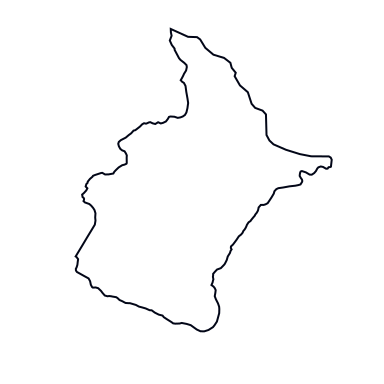 Banyas, Tartus, Syria, rotated 122°
{"feature_id": "27442178B62310236233952", "entity_name": "Banyas", "entity_type": "district", "adm_level": 2, "iso_a3": "SYR", "parent_name": "Syria", "parent_adm1": "Tartus", "projection": "albers", "projection_center": [36.094, 35.15], "detail": "fine", "context": "isolated", "style": "outline", "palette": "ink", "viewbox_px": 384, "rotation_deg": 122, "n_neighbors": 0, "source": "geoboundaries", "source_scale": "gbopen_adm2", "svg_char_len": 3710}
<svg xmlns="http://www.w3.org/2000/svg" viewBox="0 0 384 384"><g transform="rotate(122 192 192)"><path d="M293.2,102.3L288.7,102.2L285.7,103.1L280.4,104.7L276.8,106.8L274.9,108.2L272.7,110.9L270.3,114.9L268.3,117.5L265.3,118.7L262.7,119.9L261.5,121.7L260.8,123.6L260.6,126.2L257.8,126.6L256.2,127.2L254.7,127.6L252.9,129.3L251.5,129.9L250.2,130.7L247.5,130.3L244.5,129.7L241.3,127.2L238.1,126.5L236.1,126.1L234.1,126.2L231.2,126.5L227.8,127.5L226.3,127.5L223.7,127.5L221.3,128.1L219.7,128.0L218.9,129.4L217.5,130.1L214.9,129.4L211.5,129.1L208.8,128.9L204.8,128.8L202.0,127.8L199.8,127.5L197.7,127.8L196.0,127.5L194.2,127.5L192.3,127.7L190.9,128.0L188.9,128.0L187.6,127.9L185.6,127.0L184.7,127.0L182.9,126.8L180.6,126.5L178.7,126.2L177.7,126.4L175.3,126.1L173.1,126.2L171.9,126.5L169.8,127.3L168.5,127.1L167.2,126.9L166.5,126.8L165.7,125.6L165.1,124.5L163.5,123.1L161.4,121.9L158.7,121.8L154.4,121.7L150.0,121.8L147.7,122.5L144.9,122.0L143.0,120.8L139.8,117.0L135.6,112.4L131.9,107.7L129.7,105.4L128.1,104.0L126.3,104.0L125.1,104.0L124.2,104.3L123.1,105.4L122.8,106.3L122.3,107.4L121.3,109.2L119.7,110.0L118.1,110.6L117.0,110.7L116.0,109.9L115.0,105.8L114.9,101.4L113.8,99.6L111.2,98.4L108.5,98.0L105.7,98.2L104.1,97.9L102.1,96.3L101.3,94.1L101.3,93.8L101.2,90.6L100.3,89.4L98.6,89.3L97.7,88.1L96.9,87.6L90.6,90.6L89.3,92.6L89.3,94.8L98.6,109.9L102.7,120.6L106.4,134.7L108.4,148.1L107.3,153.6L104.2,159.0L87.0,170.4L85.6,175.3L87.2,183.0L85.6,188.2L77.8,197.5L76.2,207.8L71.2,217.2L67.7,218.1L65.7,224.0L65.2,224.6L62.1,227.9L61.6,232.8L61.3,235.8L64.2,246.6L62.7,257.1L58.3,265.9L58.0,269.8L62.5,277.6L65.0,296.4L67.8,294.5L70.3,292.1L75.3,291.1L78.0,287.1L79.6,282.8L80.7,282.0L85.4,273.9L86.1,271.7L86.6,266.9L87.3,263.9L88.8,262.6L92.1,261.4L96.0,261.4L98.0,261.1L100.6,260.9L103.1,260.8L103.1,260.7L103.7,259.2L103.8,256.6L105.5,253.7L110.1,249.9L115.3,245.2L118.6,242.4L121.1,241.3L123.3,240.3L127.5,238.9L130.4,238.8L132.5,239.7L132.8,239.8L134.9,241.4L136.7,243.4L137.5,246.8L139.4,250.3L140.5,251.3L143.0,251.2L146.0,251.5L148.7,253.2L150.4,254.8L150.8,257.7L153.8,259.2L154.6,261.7L154.9,264.4L155.8,265.4L157.5,266.5L158.4,267.2L159.1,269.1L160.9,270.1L164.1,270.8L168.5,272.4L169.7,272.9L170.9,274.1L171.0,274.1L174.5,274.7L177.2,275.8L181.0,277.0L185.7,279.8L188.3,280.6L190.2,280.1L190.6,279.7L192.0,278.2L193.4,275.7L193.7,273.3L193.2,270.8L194.3,268.5L195.5,266.7L197.5,265.6L202.0,262.7L202.8,262.6L204.5,263.7L206.3,265.4L210.0,267.2L213.5,268.1L216.0,268.6L218.0,268.5L221.2,272.0L223.2,275.0L223.3,278.2L224.0,279.1L228.9,283.2L230.7,284.5L231.8,284.5L235.0,285.5L238.5,285.9L239.6,285.4L241.3,285.8L243.7,285.1L244.3,282.7L246.7,282.5L250.1,283.1L252.4,283.8L254.3,282.1L254.4,280.8L255.0,279.9L256.0,279.4L257.2,279.2L257.6,277.3L257.3,275.9L256.6,272.7L257.0,270.2L257.9,267.4L259.0,265.1L261.2,262.6L264.9,260.6L267.4,258.7L271.2,257.1L277.6,257.0L285.8,256.9L295.1,256.7L308.3,256.5L308.3,255.6L309.3,253.0L312.0,251.8L314.5,250.6L317.2,249.9L318.7,249.8L320.1,248.8L320.8,247.2L320.4,239.1L320.1,233.9L321.5,231.4L321.8,231.0L324.3,228.6L325.6,226.3L325.6,225.4L324.0,223.1L323.3,220.6L324.1,216.7L325.0,214.4L326.0,211.1L325.2,208.4L324.1,207.1L323.5,205.8L323.1,204.9L323.0,204.5L321.4,200.6L321.4,199.0L322.0,196.2L321.5,192.8L321.5,192.0L321.4,190.6L321.3,189.5L319.8,186.7L319.2,185.8L318.8,184.4L317.5,179.7L317.3,176.3L316.8,174.7L316.3,173.1L315.3,169.6L314.7,165.3L313.7,163.5L314.0,159.7L313.6,155.2L312.4,151.5L313.1,149.6L313.2,145.4L313.2,143.6L313.2,140.4L313.4,138.4L312.5,136.4L310.1,132.8L308.9,131.7L308.5,131.3L306.7,126.6L305.6,122.5L306.1,115.1L305.6,111.0L303.7,107.8L300.3,104.9L295.5,102.6L293.2,102.3Z" fill="none" stroke="#020617" stroke-width="2"/></g></svg>